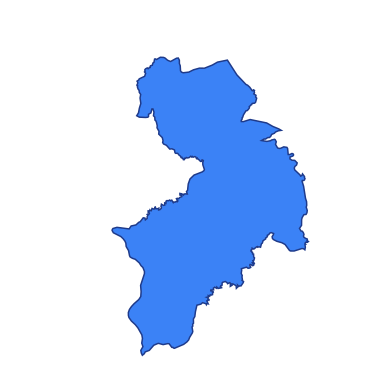 Atrato (Yuto), Chocó, Colombia, rotated 157°
{"feature_id": "7082276B67821658402915", "entity_name": "Atrato (Yuto)", "entity_type": "district", "adm_level": 2, "iso_a3": "COL", "parent_name": "Colombia", "parent_adm1": "Chocó", "projection": "orthographic", "projection_center": [-76.61, 5.549], "detail": "fine", "context": "isolated", "style": "filled", "palette": "blue", "viewbox_px": 384, "rotation_deg": 157, "n_neighbors": 0, "source": "geoboundaries", "source_scale": "gbopen_adm2", "svg_char_len": 5986}
<svg xmlns="http://www.w3.org/2000/svg" viewBox="0 0 384 384"><g transform="rotate(157 192 192)"><path d="M213.1,283.8L211.3,281.5L205.5,278.7L203.4,278.1L202.5,278.5L201.7,280.5L198.9,280.9L196.5,284.1L195.5,283.7L195.8,280.4L197.7,277.2L197.0,275.5L198.0,272.7L197.5,271.7L197.5,270.1L198.1,266.6L199.1,264.8L198.7,260.7L200.0,258.3L198.1,253.7L198.6,250.6L199.7,249.0L199.4,247.3L197.3,245.0L195.7,240.2L193.6,239.6L191.7,237.6L192.3,234.8L191.9,234.0L190.1,233.2L189.5,231.0L188.6,229.5L188.6,228.1L187.8,227.9L187.9,226.9L187.3,226.5L187.3,225.1L186.4,224.8L185.6,225.9L184.7,225.4L183.8,226.0L182.8,225.1L181.2,224.8L179.1,225.4L178.6,224.3L177.8,224.6L177.4,223.6L175.5,223.5L174.8,222.7L174.8,221.3L174.0,221.2L174.4,220.5L173.4,219.9L172.2,216.8L171.3,216.5L170.3,217.6L169.7,217.3L169.3,216.4L170.6,214.9L171.4,212.8L171.8,207.9L172.7,207.0L174.7,206.5L183.5,206.8L188.7,204.8L192.3,200.9L195.4,195.3L196.9,194.6L197.1,192.0L199.3,193.1L201.3,192.5L201.2,193.5L202.0,193.5L202.2,194.4L203.7,195.4L204.3,193.9L203.4,193.2L203.3,191.7L205.6,191.7L206.9,191.0L208.1,192.0L209.0,191.9L208.5,189.3L209.5,188.8L210.0,189.5L211.7,189.3L212.6,189.9L213.4,189.5L213.8,192.4L215.1,192.2L215.6,193.3L217.2,193.2L218.4,193.9L219.5,193.7L220.5,191.7L221.4,192.6L222.2,190.6L223.6,190.9L224.9,192.7L226.2,190.8L226.0,190.2L226.6,189.0L228.4,188.3L229.7,188.5L228.9,190.1L230.1,190.0L231.8,190.7L231.6,192.5L232.2,192.5L232.8,191.4L233.7,191.1L235.2,192.5L236.8,190.7L237.7,191.3L237.8,191.9L238.6,191.1L239.7,191.8L240.3,190.5L239.6,189.7L239.6,188.9L240.5,188.3L241.3,189.0L242.0,188.9L241.5,187.9L242.8,187.0L243.6,185.2L245.8,184.6L245.5,186.4L247.0,187.3L251.3,184.9L252.9,184.9L256.5,183.6L261.3,184.5L264.3,182.6L274.9,188.8L279.0,189.3L280.0,188.7L280.6,187.8L280.3,185.2L274.9,178.8L273.6,175.8L272.9,172.8L272.9,170.7L273.9,167.5L273.3,162.9L274.4,157.7L274.3,156.3L272.8,154.3L270.5,152.2L268.2,147.3L267.7,144.1L266.7,141.7L266.8,137.5L267.7,135.4L275.8,126.1L277.8,120.1L280.0,115.8L283.0,113.8L289.0,111.8L292.5,110.2L295.4,108.4L297.7,105.9L298.8,103.2L299.1,101.1L298.2,96.9L296.0,92.0L294.9,88.1L294.0,80.1L294.8,76.6L297.3,72.5L297.6,68.8L301.0,66.2L301.6,63.6L301.5,61.1L299.1,61.8L297.5,63.1L293.2,62.9L287.0,65.9L282.8,65.9L281.9,65.7L278.2,62.8L273.5,61.9L272.3,61.2L271.3,56.9L270.2,56.4L270.0,55.6L269.2,55.0L259.2,55.0L255.2,56.0L252.8,57.2L251.1,59.0L246.7,62.2L245.8,63.3L244.7,67.7L243.7,68.2L243.0,70.1L241.9,70.6L240.3,74.6L238.1,76.2L235.6,80.5L231.7,85.9L227.6,85.3L225.5,86.0L222.8,83.7L222.8,82.6L221.6,83.5L220.8,82.8L220.9,86.0L220.3,86.0L219.3,86.8L218.8,85.7L218.4,86.0L218.4,86.6L219.1,87.2L218.5,88.3L219.5,89.3L217.8,89.0L217.5,90.3L216.4,89.2L215.4,90.2L214.5,89.6L213.2,89.5L212.6,90.8L211.5,91.5L211.5,92.0L212.4,92.2L212.3,93.6L213.3,93.8L213.0,94.4L210.3,93.5L209.9,95.1L208.3,95.5L207.0,93.8L206.3,94.8L205.6,93.0L202.1,92.3L202.0,92.6L203.0,93.2L202.9,93.7L202.2,94.4L200.7,94.5L199.8,96.5L199.1,96.9L196.3,96.6L195.1,94.7L195.1,93.7L192.6,93.8L192.4,92.8L193.6,90.2L191.5,90.5L191.1,91.8L190.3,91.4L188.0,88.6L188.8,86.0L186.6,86.9L186.3,88.3L185.7,86.8L184.8,87.0L183.6,86.4L180.2,88.6L179.5,89.5L180.5,91.1L179.8,91.7L179.2,94.2L178.4,95.5L178.5,97.8L176.8,100.6L176.5,102.1L171.2,101.5L170.2,99.9L168.6,99.5L167.4,99.7L167.5,101.8L167.0,102.6L166.1,102.3L165.3,100.7L164.7,100.4L163.7,100.7L164.1,103.4L163.6,103.3L163.2,101.5L162.6,101.7L162.8,105.0L161.7,105.0L160.2,106.9L160.6,108.1L159.6,110.8L160.4,111.3L159.9,112.7L160.4,113.1L160.2,114.2L160.8,114.6L160.3,115.5L159.2,115.7L158.6,116.8L157.4,115.3L153.8,116.3L153.1,116.2L153.1,115.5L151.7,115.4L150.5,114.4L148.3,117.2L147.2,117.5L145.6,119.4L142.6,120.0L142.2,120.9L140.8,121.1L139.7,122.0L139.6,122.7L138.1,122.8L136.2,123.8L135.0,123.7L133.1,121.9L133.8,120.9L135.7,119.6L136.1,118.0L135.7,116.5L133.2,113.5L129.1,110.2L126.8,107.3L125.1,100.1L124.3,99.2L121.1,97.8L112.9,97.0L111.5,96.2L110.7,94.7L109.2,96.9L108.6,99.4L107.8,99.5L108.2,100.0L108.0,100.7L106.8,101.3L105.4,100.6L104.2,101.0L105.2,102.2L104.5,102.8L104.4,104.0L105.5,104.8L106.7,106.8L106.6,107.9L105.5,109.2L105.4,111.1L105.8,112.8L106.9,113.5L107.3,116.5L104.2,118.5L101.9,123.7L100.6,125.4L97.9,127.4L95.8,126.8L94.3,128.0L93.1,130.0L92.8,133.4L91.6,134.9L90.3,138.4L90.0,141.8L87.0,153.8L86.5,158.8L86.0,159.5L84.7,158.9L83.7,159.2L82.7,160.3L82.9,161.1L82.4,162.3L83.2,165.5L84.5,164.2L85.8,164.2L85.9,165.5L88.8,172.2L88.5,174.1L87.3,175.3L85.2,176.0L83.8,177.7L85.1,181.0L87.6,182.2L88.9,184.2L88.1,185.9L85.2,185.7L84.3,186.1L83.9,186.9L84.1,187.7L84.9,188.4L87.5,188.3L88.8,188.9L87.0,194.7L87.2,196.0L89.9,197.7L93.2,197.6L94.7,198.0L96.0,199.1L96.5,203.2L94.8,205.3L95.0,207.7L95.5,208.3L98.6,208.8L99.5,208.5L103.3,209.3L107.9,212.2L105.0,212.6L103.6,212.0L101.1,212.5L99.4,211.9L97.9,212.4L96.2,213.9L93.2,213.9L91.7,214.6L88.6,214.6L85.8,213.9L87.4,216.1L92.0,220.8L96.3,226.4L110.2,236.0L117.2,236.7L119.1,237.6L118.7,238.7L117.4,239.5L116.7,240.9L116.1,241.0L114.6,242.8L110.7,245.6L109.2,245.4L107.1,246.4L106.2,247.2L105.9,248.3L104.3,248.7L103.7,249.2L103.0,249.1L102.0,250.0L99.6,249.3L98.4,249.8L95.8,253.1L96.3,254.5L95.3,256.0L96.8,258.2L95.7,259.0L95.3,260.7L94.8,261.1L95.5,262.0L96.5,261.5L97.0,261.8L97.9,265.9L99.1,268.6L100.3,269.9L104.9,282.2L107.9,299.6L117.8,301.6L123.8,300.9L132.2,301.1L136.7,303.1L142.9,303.9L148.1,303.6L153.5,305.2L154.9,306.5L155.2,308.1L153.5,312.8L153.4,315.2L152.1,318.3L152.3,320.7L154.0,321.2L160.7,320.5L163.0,322.8L164.5,325.9L165.6,327.0L168.5,328.4L172.8,327.8L173.8,328.9L174.5,329.0L176.3,326.3L177.6,326.0L179.0,324.2L180.9,324.4L181.8,323.0L182.5,323.4L183.8,322.6L184.3,322.7L184.7,323.7L186.7,323.5L187.8,322.8L187.9,321.5L188.8,321.1L188.3,319.4L190.4,317.0L195.8,316.8L196.7,316.6L197.1,316.0L199.3,315.5L199.1,314.1L199.8,312.9L201.0,311.9L200.5,310.9L201.2,310.2L201.4,307.9L201.0,306.1L201.6,304.3L201.1,301.9L203.1,298.8L204.5,293.5L207.7,289.7L210.3,285.8L213.1,283.8Z" fill="#3b82f6" stroke="#1e3a8a" stroke-width="1.5"/></g></svg>